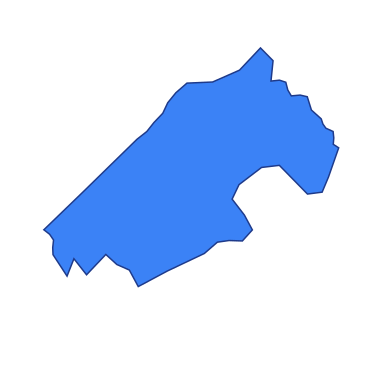 the border of Agago, rotated 229°
{"feature_id": "UGA-5608", "entity_name": "Agago", "entity_type": "District", "adm_level": 1, "iso_a3": "UGA", "parent_name": "Uganda", "parent_adm1": "", "projection": "equal_earth", "projection_center": [33.347, 2.944], "detail": "fine", "context": "isolated", "style": "filled", "palette": "blue", "viewbox_px": 384, "rotation_deg": 229, "n_neighbors": 0, "source": "natural_earth", "source_scale": "10m", "svg_char_len": 817}
<svg xmlns="http://www.w3.org/2000/svg" viewBox="0 0 384 384"><g transform="rotate(229 192 192)"><path d="M260.7,55.4L262.3,86.1L263.5,109.2L267.9,185.1L267.3,197.6L269.4,208.9L270.6,221.6L275.3,232.3L277.5,245.0L277.5,259.6L261.5,279.7L252.8,307.8L255.8,338.2L237.9,339.3L223.9,324.4L219.0,331.4L213.3,334.8L206.1,331.2L199.4,330.0L194.2,337.2L188.3,341.5L175.5,335.9L162.4,337.5L157.4,335.4L152.3,334.9L145.1,338.2L139.8,334.5L135.3,329.9L129.1,331.7L113.8,304.9L106.5,290.1L114.7,277.8L154.8,275.4L164.9,260.6L166.7,232.3L160.3,217.6L140.2,216.4L123.8,212.7L122.0,197.9L131.1,188.1L137.5,178.2L137.5,161.0L148.5,121.7L155.9,89.4L174.2,93.5L186.6,87.7L201.4,86.0L198.7,58.1L219.1,59.1L210.5,42.5L235.9,46.0L241.4,50.4L246.6,56.0L253.5,56.8L260.7,55.4Z" fill="#3b82f6" stroke="#1e3a8a" stroke-width="1.5"/></g></svg>